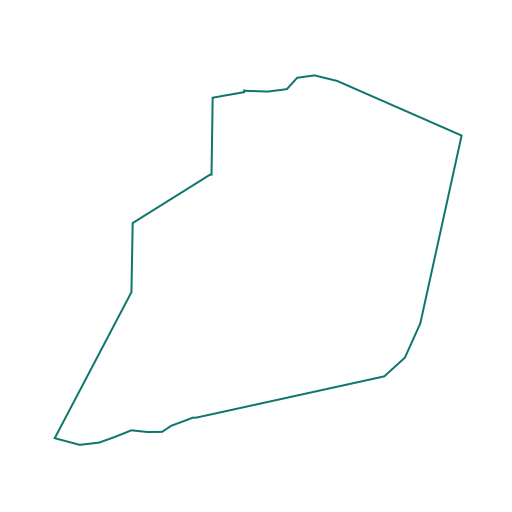 outline of Migny, Soufrière, Saint Lucia, rotated 86°
{"feature_id": "8701671B42961858888115", "entity_name": "Migny", "entity_type": "district", "adm_level": 2, "iso_a3": "LCA", "parent_name": "Saint Lucia", "parent_adm1": "Soufrière", "projection": "equal_earth", "projection_center": [-61.018, 13.841], "detail": "fine", "context": "isolated", "style": "outline", "palette": "teal", "viewbox_px": 512, "rotation_deg": 86, "n_neighbors": 0, "source": "geoboundaries", "source_scale": "gbopen_adm2", "svg_char_len": 547}
<svg xmlns="http://www.w3.org/2000/svg" viewBox="0 0 512 512"><g transform="rotate(86 256 256)"><path d="M150.2,42.5L87.0,162.9L79.9,185.1L81.1,202.5L91.7,213.6L92.8,232.6L90.5,254.8L90.1,256.3L91.7,256.4L94.0,278.6L95.1,288.2L171.8,294.7L171.6,296.1L214.5,376.7L283.4,382.8L423.1,469.1L423.7,469.5L432.1,445.0L431.2,425.5L428.7,416.6L426.7,409.6L421.2,392.5L424.0,376.7L424.9,362.0L419.4,352.3L413.7,332.9L412.9,330.3L413.1,327.2L385.0,136.4L367.7,114.5L334.7,96.8L228.4,65.5L150.2,42.5Z" fill="none" stroke="#0f766e" stroke-width="2"/></g></svg>